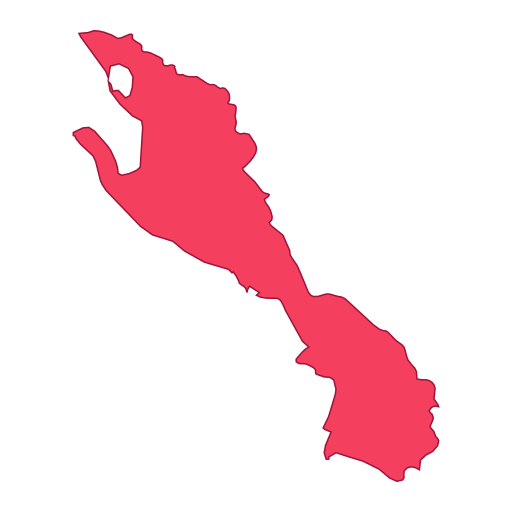 Vlorë, Robinson projection
{"feature_id": "ALB-1504", "entity_name": "Vlorë", "entity_type": "County", "adm_level": 1, "iso_a3": "ALB", "parent_name": "Albania", "parent_adm1": "", "projection": "robinson", "projection_center": [19.787, 40.148], "detail": "fine", "context": "isolated", "style": "filled", "palette": "rose", "viewbox_px": 512, "rotation_deg": 0, "n_neighbors": 0, "source": "natural_earth", "source_scale": "10m", "svg_char_len": 3528}
<svg xmlns="http://www.w3.org/2000/svg" viewBox="0 0 512 512"><path d="M438.7,406.8L438.2,406.6L434.7,406.1L431.6,407.3L429.1,410.6L430.0,412.4L432.1,414.3L433.3,417.8L432.8,420.0L430.5,425.4L430.1,426.7L431.0,428.2L433.7,431.3L434.3,432.7L435.7,436.5L437.6,438.5L438.7,440.8L437.6,445.7L432.7,451.4L425.9,455.1L420.5,460.1L419.4,469.8L416.2,468.0L413.1,467.0L410.0,467.0L407.1,468.0L404.2,470.9L403.8,474.4L404.0,477.6L402.7,479.9L397.0,481.3L389.6,478.0L379.2,469.2L362.6,461.0L348.1,456.6L336.0,452.7L330.1,456.2L329.0,456.7L328.7,459.2L326.2,459.2L324.2,452.8L325.5,445.4L331.1,432.0L324.9,429.5L323.1,428.0L328.6,416.6L335.3,394.4L336.0,389.1L333.7,379.9L329.9,377.4L324.2,376.9L316.2,374.2L315.7,373.1L315.6,371.3L315.2,369.4L313.8,367.9L308.8,365.1L305.2,363.8L299.0,363.6L296.2,361.8L296.2,359.1L301.6,352.8L305.1,349.4L308.8,347.0L302.5,341.3L285.5,310.5L283.2,305.1L280.6,300.4L277.7,298.4L266.1,298.1L260.3,297.1L256.4,295.2L259.3,292.5L249.5,286.2L247.9,289.0L247.4,290.3L247.0,292.5L245.8,288.5L244.1,286.6L241.9,285.2L239.3,283.2L238.9,281.4L236.3,276.2L233.3,271.9L232.0,272.8L228.4,269.3L204.5,262.2L184.5,251.0L172.9,241.3L152.5,234.9L140.6,226.4L106.2,190.6L102.2,184.5L100.5,180.8L95.6,161.2L93.0,155.8L80.4,144.1L75.9,138.5L75.3,136.8L75.3,136.3L73.3,135.5L73.3,132.5L82.9,127.9L88.8,127.4L94.4,131.0L107.3,145.6L110.7,150.5L115.5,160.9L117.4,167.3L118.2,173.3L121.6,175.3L129.2,173.6L136.8,170.2L140.2,167.2L142.7,127.3L141.6,120.8L132.4,115.8L120.0,104.1L110.1,90.9L108.4,81.5L110.8,84.2L111.8,87.5L112.7,91.3L115.7,90.5L118.4,90.5L125.4,97.9L129.9,95.6L132.3,87.4L133.0,76.8L128.5,68.4L119.0,63.8L110.3,66.1L108.4,78.2L105.8,71.4L80.8,37.0L79.0,33.4L88.0,32.6L93.9,30.7L99.1,31.1L104.2,32.3L111.9,35.1L117.5,38.4L121.0,37.9L129.6,34.3L131.5,34.2L132.4,35.0L132.4,36.2L132.3,37.2L132.4,38.4L133.8,40.0L136.1,41.7L140.1,44.0L141.5,45.5L141.8,47.1L141.5,48.8L142.2,51.0L144.1,51.9L147.4,52.1L150.9,53.1L159.4,57.2L161.6,58.6L162.7,60.0L162.7,61.0L162.6,62.4L162.9,63.5L163.8,65.2L165.4,65.7L167.7,65.8L170.5,65.0L172.3,65.0L173.9,65.5L174.5,66.0L174.8,66.6L174.5,67.6L175.3,69.2L176.4,73.5L177.6,74.4L179.5,74.9L182.8,74.6L185.5,76.0L190.3,76.8L197.1,76.8L207.2,83.5L209.7,84.6L211.1,84.7L212.5,84.6L214.0,84.7L215.8,85.6L218.0,87.4L219.8,88.3L220.8,88.5L221.8,88.1L222.7,87.9L224.2,88.2L225.6,89.0L227.8,91.6L229.1,93.9L229.6,97.9L229.4,100.0L228.9,101.5L228.3,102.0L227.9,102.5L228.0,103.1L228.5,103.8L233.9,104.8L235.2,105.6L236.0,106.9L236.0,109.6L235.5,114.1L235.0,115.5L235.2,117.0L236.2,121.8L236.1,124.0L235.6,126.1L235.0,127.8L235.0,129.6L235.7,131.2L238.0,133.1L240.7,133.9L244.3,133.3L249.1,134.4L254.8,143.1L256.2,146.6L256.5,149.1L255.6,153.1L253.4,157.0L250.4,160.9L245.2,166.3L242.7,168.1L242.9,169.5L244.4,171.7L254.9,181.9L261.4,190.5L262.9,192.1L264.4,193.0L268.7,194.2L269.2,194.7L269.1,195.3L268.0,196.7L265.1,198.8L264.4,199.5L264.8,200.8L265.7,202.7L268.8,207.2L270.6,210.9L272.1,216.3L272.0,218.8L271.4,220.4L269.3,222.4L270.1,224.3L271.1,225.6L283.0,235.3L289.6,250.4L290.1,254.7L291.9,258.0L297.0,265.3L300.5,273.1L308.1,291.7L310.4,294.9L313.2,296.5L318.0,296.4L325.1,294.3L327.3,293.9L329.5,294.1L338.6,296.6L341.1,296.9L345.0,298.6L373.4,324.9L379.5,329.3L383.6,330.8L385.7,330.8L387.8,332.1L395.8,340.3L402.5,345.3L404.3,347.6L406.7,356.6L408.0,360.0L411.5,364.6L414.8,368.2L416.4,371.6L417.0,379.0L421.6,379.8L426.6,379.8L429.2,380.6L431.9,382.3L434.0,385.0L435.1,388.2L434.0,399.1L437.9,404.6L438.7,406.7L438.7,406.8Z" fill="#f43f5e" stroke="#9f1239" stroke-width="1.5"/></svg>